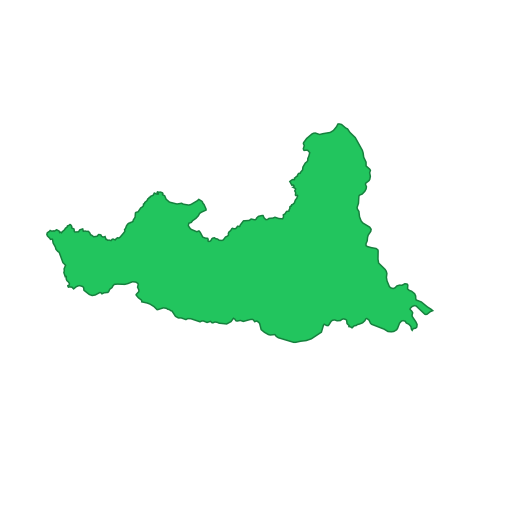 the district of Norcasia, Caldas, Colombia, rotated 45°
{"feature_id": "7082276B5285222782638", "entity_name": "Norcasia", "entity_type": "district", "adm_level": 2, "iso_a3": "COL", "parent_name": "Colombia", "parent_adm1": "Caldas", "projection": "orthographic", "projection_center": [-74.881, 5.638], "detail": "fine", "context": "isolated", "style": "filled", "palette": "green", "viewbox_px": 512, "rotation_deg": 45, "n_neighbors": 0, "source": "geoboundaries", "source_scale": "gbopen_adm2", "svg_char_len": 6157}
<svg xmlns="http://www.w3.org/2000/svg" viewBox="0 0 512 512"><g transform="rotate(45 256 256)"><path d="M221.4,103.8L220.6,104.7L221.5,107.6L222.0,112.5L221.1,116.2L216.8,122.2L215.1,125.1L211.0,127.1L210.0,128.3L209.3,130.0L208.7,137.1L209.5,142.2L210.1,143.1L212.1,143.8L213.6,146.7L214.8,147.3L215.4,147.3L216.8,145.5L218.0,144.7L220.9,144.9L222.8,148.1L223.7,150.4L225.1,151.9L225.4,153.7L225.1,155.2L225.5,156.9L226.3,159.9L228.1,162.3L228.3,165.2L228.8,166.3L227.9,167.2L227.8,168.0L228.3,169.8L228.8,170.2L228.3,171.5L228.4,172.6L228.1,173.7L229.0,174.5L229.1,175.0L227.7,176.2L227.2,179.4L231.4,180.6L231.9,179.6L233.0,179.5L234.0,180.2L233.6,181.2L236.1,180.4L236.7,180.6L237.4,182.6L238.3,182.7L239.6,183.5L240.7,185.0L241.4,185.1L242.4,183.8L242.9,184.0L244.0,186.3L244.3,188.7L245.6,191.3L245.5,193.5L245.0,194.6L245.7,195.7L245.2,196.3L245.2,197.3L246.4,198.5L246.6,199.6L247.5,201.0L246.1,202.9L246.7,205.8L246.2,207.6L247.9,209.0L248.5,210.9L245.6,213.4L242.0,215.2L241.2,217.2L238.6,220.2L238.3,222.1L237.3,223.3L234.7,223.3L232.4,222.4L231.7,223.0L229.7,226.2L229.6,228.6L230.0,229.6L229.8,231.1L226.4,233.3L226.1,235.6L222.3,240.0L222.9,244.9L223.6,246.7L221.9,248.0L222.3,250.2L222.1,251.2L221.1,252.4L219.8,253.0L219.6,253.7L220.1,256.0L219.9,258.2L220.4,259.5L221.8,260.8L221.8,262.0L221.0,264.2L221.5,267.7L221.0,269.0L218.9,270.9L216.8,271.2L215.2,272.3L213.7,272.5L212.7,274.1L212.6,275.0L213.2,277.0L212.9,278.4L212.3,279.1L211.4,279.3L210.3,278.0L209.3,277.7L207.5,279.2L205.0,280.3L199.8,278.7L197.9,278.6L197.0,280.7L191.6,282.9L190.2,283.1L186.8,282.5L185.3,280.4L186.5,278.0L186.2,275.8L186.9,271.9L186.8,268.4L186.0,265.8L186.4,263.7L188.2,258.8L187.4,258.1L182.7,256.3L181.2,256.3L180.1,255.7L178.9,255.6L175.5,256.4L175.4,258.5L173.6,265.5L172.5,267.5L167.9,270.8L166.1,271.3L163.4,275.1L156.7,279.1L152.3,279.4L148.8,278.0L146.6,278.7L145.9,277.6L145.2,277.5L143.3,278.3L142.2,279.6L141.0,280.3L141.2,281.0L142.6,280.8L143.1,281.3L142.4,282.2L139.6,283.4L140.3,285.8L139.2,288.6L139.6,289.4L139.1,290.2L139.4,291.3L139.1,292.1L139.8,294.0L139.5,296.8L140.1,297.7L139.7,298.8L140.8,300.0L141.0,301.3L140.5,303.6L141.4,308.1L140.3,310.0L140.3,310.8L143.1,314.1L143.8,317.4L144.6,318.6L143.8,320.9L143.4,321.2L143.5,321.9L142.9,322.6L142.7,324.1L143.1,326.3L144.2,328.6L144.4,330.3L145.8,331.2L146.1,333.1L146.6,338.9L146.3,340.3L145.2,341.0L144.9,342.5L145.1,344.2L142.9,345.1L142.5,345.9L142.6,347.6L140.9,348.6L139.9,349.9L138.7,349.8L138.2,350.3L135.5,349.0L135.1,350.0L134.0,351.0L132.6,351.3L131.7,350.8L130.6,351.2L129.5,352.2L129.7,354.4L127.6,357.2L124.9,357.5L124.1,358.0L122.1,357.2L120.0,357.1L118.4,358.7L117.7,359.0L116.4,360.6L114.3,359.4L112.9,362.1L113.4,364.4L111.1,367.0L110.2,367.1L108.2,365.6L105.8,366.4L104.7,365.3L102.7,365.0L102.2,365.3L102.0,367.0L101.4,368.0L102.0,369.4L101.6,371.0L102.1,373.1L101.8,376.0L102.1,377.1L100.8,377.4L100.6,378.2L99.2,377.6L96.5,378.4L95.7,381.3L94.9,381.5L94.2,382.8L92.4,383.5L92.5,384.6L92.0,387.1L92.8,388.6L94.3,389.3L98.2,389.3L98.9,389.6L99.9,388.2L100.3,388.1L103.4,390.3L107.7,391.5L109.8,392.7L112.6,392.9L114.3,392.6L124.2,397.2L127.9,397.2L129.4,400.8L130.9,402.0L131.9,403.6L135.7,405.5L135.9,404.7L136.4,404.7L138.0,406.4L139.7,407.1L141.6,407.0L143.5,407.4L144.5,408.5L143.9,410.0L144.8,410.6L145.5,410.6L146.0,409.7L147.9,408.2L150.3,408.2L150.6,404.9L151.4,402.8L152.3,401.6L154.9,400.2L156.4,400.2L158.6,401.9L165.3,401.1L168.1,399.8L169.9,397.2L171.4,392.2L172.4,391.6L173.8,391.7L174.5,389.6L177.0,386.5L177.0,385.3L176.1,383.0L176.5,380.2L175.9,378.1L175.9,376.2L178.0,373.7L183.2,368.9L184.9,366.1L186.9,361.5L189.5,359.4L191.9,358.9L193.0,359.6L194.3,361.8L197.3,362.9L198.3,364.1L198.5,368.0L199.0,368.4L202.4,368.7L206.1,368.2L207.2,368.6L207.6,369.2L212.3,366.2L215.2,364.9L219.7,363.9L223.9,363.9L224.4,363.5L227.2,358.1L229.7,356.3L231.2,356.1L232.7,355.1L234.2,355.0L235.5,354.3L241.7,355.6L244.9,354.7L246.8,352.7L251.4,350.5L252.0,348.5L254.3,346.4L263.0,342.1L263.5,340.5L264.6,339.2L268.4,337.6L270.0,334.4L272.1,334.3L272.9,333.5L273.6,331.7L275.5,330.3L277.4,329.6L283.3,324.8L284.7,320.1L284.1,316.0L285.7,315.6L287.5,316.0L288.6,315.4L290.5,312.6L293.3,311.2L296.8,305.0L298.2,303.4L299.4,303.0L301.5,303.4L302.5,301.4L305.0,301.0L306.4,301.2L311.7,304.4L315.9,304.0L320.3,302.8L321.9,301.8L324.9,298.2L327.1,298.5L329.6,298.0L343.7,290.4L345.0,289.1L347.9,284.6L351.3,280.3L353.7,275.4L356.1,263.6L352.6,257.2L352.5,256.0L355.1,255.2L356.2,254.3L356.2,253.0L355.3,249.1L355.5,247.4L356.8,245.6L359.1,244.5L361.3,242.0L361.6,240.0L362.4,238.5L364.2,237.5L365.4,237.3L368.2,239.4L371.3,239.4L371.6,240.2L372.9,239.3L374.7,238.9L374.8,235.8L375.9,234.5L376.2,232.7L377.2,231.1L378.6,227.9L378.7,224.7L378.1,222.9L378.5,221.8L381.3,221.4L384.6,222.6L386.1,222.5L398.4,217.1L402.7,216.1L405.3,213.9L406.8,211.9L407.6,208.8L407.3,207.2L405.0,202.0L404.9,199.1L405.7,197.7L407.6,196.6L409.6,197.1L412.2,196.2L414.3,196.2L415.7,196.5L417.7,197.9L419.0,198.1L418.5,196.2L419.8,194.4L420.0,193.2L419.9,192.5L418.3,190.5L415.5,189.5L409.3,188.3L408.1,187.4L407.0,185.4L405.3,184.9L402.6,184.8L402.1,183.9L402.1,181.4L403.0,179.2L404.5,178.1L416.5,177.8L417.4,177.3L418.1,176.3L418.6,172.1L419.6,169.7L417.7,169.8L413.3,170.8L405.4,171.6L400.4,173.8L399.1,173.2L397.2,171.4L394.8,170.5L390.9,170.9L388.8,171.9L386.4,172.1L383.9,169.2L382.7,169.0L380.9,170.3L379.9,173.5L378.1,175.1L376.8,177.5L376.8,180.2L376.0,182.0L374.1,183.1L372.8,183.3L371.9,183.3L366.3,181.0L363.3,178.9L361.0,175.9L358.9,174.7L356.8,174.2L347.7,174.3L344.5,172.0L338.7,166.0L337.8,165.5L335.6,165.8L331.7,168.5L328.2,170.5L326.6,170.9L325.1,169.6L323.9,166.6L321.8,164.1L320.6,162.0L319.7,157.4L318.5,155.7L316.0,155.2L308.3,157.1L305.6,156.9L301.5,155.1L297.2,151.7L294.7,151.2L293.2,150.3L291.2,146.3L286.4,140.9L286.2,139.6L287.3,137.1L287.2,133.3L286.4,130.7L285.1,128.9L283.0,128.1L282.1,127.1L282.6,122.8L282.2,121.3L280.5,118.8L277.5,116.8L276.3,114.5L274.9,114.2L270.2,114.5L267.4,111.8L262.3,110.0L258.9,107.4L256.5,106.1L242.5,102.1L234.9,102.2L230.9,101.4L228.8,102.1L223.5,102.5L221.4,103.8Z" fill="#22c55e" stroke="#15803d" stroke-width="1.5"/></g></svg>